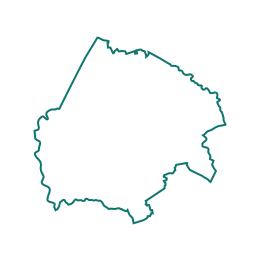 Ca Mau, Cà Mau, Vietnam, rotated 79°
{"feature_id": "81297802B56186863938752", "entity_name": "Ca Mau", "entity_type": "district", "adm_level": 2, "iso_a3": "VNM", "parent_name": "Vietnam", "parent_adm1": "Cà Mau", "projection": "orthographic", "projection_center": [105.22, 9.175], "detail": "fine", "context": "isolated", "style": "outline", "palette": "teal", "viewbox_px": 256, "rotation_deg": 79, "n_neighbors": 0, "source": "geoboundaries", "source_scale": "gbopen_adm2", "svg_char_len": 5826}
<svg xmlns="http://www.w3.org/2000/svg" viewBox="0 0 256 256"><g transform="rotate(79 128 128)"><path d="M196.7,57.3L187.0,49.9L185.0,50.9L180.1,52.5L176.4,50.3L174.2,53.4L172.1,52.7L171.3,52.6L170.6,52.6L169.8,52.9L168.5,53.5L167.8,53.7L167.0,53.8L166.5,53.7L165.1,53.2L164.4,53.1L163.5,53.2L163.0,53.6L162.1,54.7L160.9,57.4L160.5,57.9L160.0,58.3L159.3,58.3L158.2,58.1L157.6,57.9L156.8,57.1L156.1,56.0L155.5,54.6L154.9,53.7L154.3,53.3L153.6,53.1L153.0,53.1L152.3,53.4L149.4,55.7L149.2,54.7L148.5,53.6L146.8,51.4L146.4,50.3L146.1,48.0L145.7,46.1L144.2,42.4L143.3,38.4L143.5,34.9L143.4,32.9L143.4,31.8L143.1,31.6L141.4,32.1L140.6,32.2L139.4,32.6L138.7,32.6L138.1,32.6L136.6,32.3L135.4,32.3L131.6,32.7L130.2,32.9L129.4,33.6L128.6,33.9L127.7,33.9L125.8,33.6L125.3,33.6L123.7,34.6L121.6,35.2L119.8,35.5L119.3,35.0L118.6,33.1L118.3,32.6L118.0,32.4L117.7,32.4L117.3,32.7L116.9,33.1L115.6,35.0L115.3,35.0L113.4,34.1L112.1,33.9L111.4,33.9L110.6,34.3L109.9,35.4L109.7,36.4L109.8,38.7L109.7,39.7L109.3,40.6L108.8,40.9L107.6,41.1L106.4,41.5L105.1,42.2L104.1,43.0L103.9,43.7L104.7,45.5L104.8,46.4L104.6,47.0L103.5,47.9L102.5,48.2L101.9,48.0L101.1,47.5L100.7,47.5L100.3,47.9L99.5,50.6L99.1,51.1L98.6,51.3L98.0,51.3L97.4,51.8L96.6,53.1L95.9,53.8L94.5,54.6L94.1,55.1L94.2,56.0L93.8,56.5L92.5,56.9L91.5,56.8L91.1,56.6L90.8,55.8L90.3,54.9L89.9,54.5L89.4,54.5L88.3,55.2L87.3,56.2L87.1,57.3L87.2,58.6L87.1,60.2L86.9,61.1L86.4,61.9L85.4,63.0L84.3,63.5L82.6,64.0L82.0,64.4L81.5,65.5L81.3,66.7L81.0,67.0L80.2,67.1L78.9,67.0L78.1,67.0L77.4,67.5L76.1,69.8L75.7,71.4L75.4,73.0L75.1,73.7L74.6,74.0L73.9,74.2L73.5,74.4L72.6,75.7L65.4,83.7L57.5,93.3L58.2,93.3L59.8,93.9L60.4,94.6L61.3,95.8L61.7,96.6L61.2,96.5L59.9,96.4L56.8,96.8L55.9,97.0L55.6,97.4L55.2,98.7L55.0,99.0L54.3,99.6L53.7,99.9L53.3,101.4L53.4,105.0L56.5,104.8L56.5,106.7L53.8,107.0L55.0,115.1L55.0,115.5L54.8,115.7L52.6,115.8L52.3,116.0L52.0,116.9L51.3,119.1L51.2,120.2L51.2,122.2L50.9,122.5L50.5,122.7L48.5,123.4L48.3,123.6L49.1,124.7L49.6,125.8L50.7,127.0L51.8,127.8L51.9,128.2L50.7,128.7L45.9,129.9L45.5,130.3L45.3,132.2L40.6,131.9L40.5,130.9L39.0,130.5L38.2,132.3L37.1,135.5L33.8,139.7L33.5,140.8L50.2,156.0L60.7,164.4L81.9,180.9L95.8,191.5L96.1,191.7L95.5,193.3L95.5,194.2L95.8,195.3L95.9,196.0L95.8,196.8L95.4,198.2L95.3,199.4L95.4,200.6L95.9,202.3L96.5,203.7L96.8,204.2L97.6,205.1L98.4,205.5L99.2,205.6L100.1,205.5L101.6,205.1L103.0,204.8L103.5,204.9L103.9,205.1L104.1,205.6L104.1,206.1L103.5,206.6L100.7,208.7L100.4,209.7L100.6,210.6L101.0,211.4L102.1,213.1L103.2,214.2L104.4,214.9L105.9,215.3L107.5,215.5L109.8,215.4L110.9,215.5L111.9,215.9L112.4,216.6L112.7,218.0L112.9,220.1L113.2,220.4L116.7,220.6L117.9,220.7L119.2,221.0L120.1,221.1L120.9,220.9L121.8,220.3L123.7,218.1L124.4,217.3L125.7,217.1L126.8,217.3L128.9,218.4L130.0,219.0L132.8,219.8L133.4,220.4L134.2,222.9L134.6,223.7L135.1,224.1L135.8,224.3L136.5,224.4L137.7,224.0L139.5,223.2L141.8,221.8L144.0,220.7L145.1,220.4L146.5,220.4L147.5,220.5L151.1,221.5L152.6,221.5L154.0,221.5L158.6,220.2L159.6,220.1L160.3,220.3L161.3,220.8L164.4,223.0L165.3,223.1L166.4,222.8L167.4,222.0L168.4,220.8L169.7,218.8L170.7,217.6L171.7,216.8L172.8,216.6L174.0,216.6L175.2,217.0L176.4,217.5L179.5,219.4L181.8,220.4L182.8,220.7L183.7,220.7L184.3,220.4L184.9,219.9L185.7,218.8L187.0,215.9L187.8,215.0L188.5,214.5L189.0,214.5L190.8,215.3L191.7,215.5L193.1,215.1L194.8,214.8L194.5,214.2L194.5,213.7L194.4,213.0L194.3,212.8L194.0,212.5L191.7,210.7L190.2,209.8L188.7,209.3L188.0,208.9L187.6,208.3L187.2,207.1L186.5,206.0L186.2,205.1L186.4,204.4L186.9,203.9L189.0,203.3L189.6,202.8L190.1,202.2L190.5,201.9L190.7,201.7L191.7,201.4L191.9,201.1L191.7,198.6L191.5,197.9L191.1,197.0L190.5,196.2L189.0,194.6L188.5,193.9L188.3,193.5L188.2,192.8L188.2,192.5L189.2,191.5L189.5,191.1L189.6,190.6L189.7,188.5L189.8,188.0L191.0,186.1L191.2,185.6L191.2,185.0L191.1,184.6L191.0,184.4L190.0,183.7L189.6,183.0L189.5,182.6L189.6,182.3L189.7,181.8L190.1,181.2L190.9,180.5L191.2,180.2L191.4,179.7L191.6,178.7L191.7,177.5L192.2,176.5L192.6,175.6L192.7,175.0L192.7,174.5L192.6,174.1L192.6,173.4L192.8,172.8L193.8,170.9L193.9,170.5L193.9,169.4L194.0,169.2L194.6,168.6L196.0,167.6L196.6,167.3L198.4,166.8L200.2,166.0L200.4,165.7L200.8,165.2L202.3,163.6L203.6,162.7L203.8,162.3L203.8,162.0L203.8,160.8L203.9,160.3L204.4,158.8L204.4,157.9L205.0,156.7L205.0,156.1L205.0,155.3L204.9,153.5L205.0,152.5L205.1,152.1L205.8,151.0L206.3,149.9L206.5,149.6L206.9,149.3L207.4,148.8L207.9,147.9L208.6,147.0L209.0,146.4L209.2,145.9L209.3,145.5L209.2,145.1L208.4,144.1L209.9,143.9L210.6,143.7L211.3,143.5L211.7,143.5L213.8,142.9L214.6,142.6L215.5,141.7L216.7,141.1L217.8,140.7L218.2,140.6L219.1,140.6L219.9,140.7L222.5,140.7L222.3,137.8L222.0,135.6L221.8,133.4L221.4,130.5L220.9,128.6L220.0,126.5L219.5,125.9L219.1,125.6L218.4,125.5L218.4,124.5L218.7,123.3L217.8,122.6L217.3,122.1L216.0,121.3L216.0,121.0L216.5,120.1L213.3,119.9L213.1,121.5L211.8,121.6L208.8,121.9L207.5,122.1L207.4,123.1L207.8,124.1L206.1,125.2L205.3,124.4L204.6,124.3L204.2,124.1L203.6,124.1L203.0,124.5L194.2,103.6L192.7,103.3L191.7,102.9L191.4,102.3L191.1,102.0L189.7,101.8L189.0,101.7L188.9,102.1L188.5,102.1L187.2,102.9L186.8,103.0L186.5,100.7L186.3,100.1L186.1,99.9L185.8,99.8L185.0,99.6L184.7,99.6L184.6,99.9L184.3,100.3L183.4,101.1L182.7,102.2L182.4,102.2L181.8,101.8L181.3,101.6L181.1,101.4L181.1,101.2L180.9,99.3L180.7,98.1L180.4,97.5L180.3,96.9L180.4,95.0L180.6,94.2L181.1,93.3L181.0,92.6L180.3,91.7L179.0,90.6L178.5,89.6L176.4,89.8L176.4,89.4L175.7,89.1L174.4,88.4L173.5,87.9L173.4,87.7L173.5,78.3L173.7,76.8L174.4,77.1L175.2,77.3L175.9,77.2L179.5,75.9L180.6,75.4L181.0,75.1L181.5,74.5L182.4,73.3L183.9,71.5L184.7,70.3L185.7,69.1L186.5,68.0L187.0,67.2L188.9,64.7L189.7,63.8L190.6,63.0L191.1,62.5L192.7,60.5L193.8,59.4L194.5,58.9L196.2,57.9L196.7,57.3Z" fill="none" stroke="#0f766e" stroke-width="2"/></g></svg>